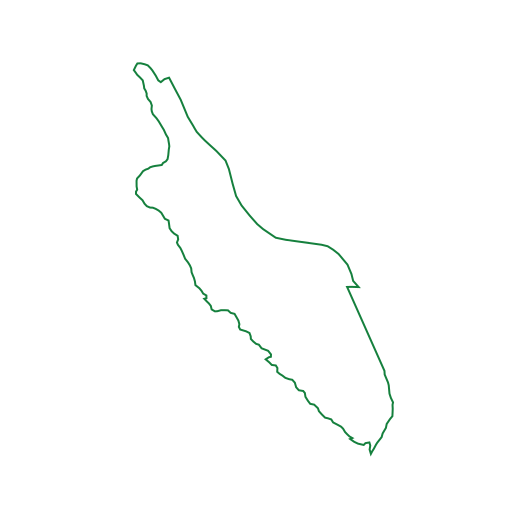 Maracaçumé, Maranhão, Brazil (Equal Earth projection), rotated 125°
{"feature_id": "56859067B12415775157700", "entity_name": "Maracaçumé", "entity_type": "district", "adm_level": 2, "iso_a3": "BRA", "parent_name": "Brazil", "parent_adm1": "Maranhão", "projection": "equal_earth", "projection_center": [-45.988, -2.007], "detail": "fine", "context": "isolated", "style": "outline", "palette": "green", "viewbox_px": 512, "rotation_deg": 125, "n_neighbors": 0, "source": "geoboundaries", "source_scale": "gbopen_adm2", "svg_char_len": 2792}
<svg xmlns="http://www.w3.org/2000/svg" viewBox="0 0 512 512"><g transform="rotate(125 256 256)"><path d="M297.3,59.8L294.9,64.1L292.2,67.7L285.8,73.1L283.9,75.3L279.3,82.6L276.4,84.9L229.1,163.6L226.7,160.4L222.6,154.1L220.7,162.1L216.0,167.5L210.6,176.1L207.0,189.5L206.6,196.4L206.9,202.9L209.2,208.8L225.6,240.8L229.7,250.3L229.9,265.7L229.2,273.2L226.5,284.4L222.9,296.8L218.3,306.7L210.3,316.5L200.3,328.1L195.3,335.7L192.7,348.8L191.6,357.5L190.7,364.2L189.9,368.6L188.3,375.8L186.7,379.4L185.3,382.3L184.2,384.8L183.1,387.3L181.1,391.8L177.0,398.2L171.2,407.3L165.4,418.7L162.8,423.7L159.8,429.5L163.6,432.4L168.2,433.7L168.2,436.8L165.8,441.5L163.4,447.4L162.6,450.2L161.9,454.0L162.8,457.2L164.3,461.0L166.3,463.6L168.8,463.5L171.4,463.1L173.8,462.7L174.7,460.0L175.7,457.3L176.3,453.3L177.1,449.5L180.9,445.4L182.8,443.7L183.9,441.2L185.6,438.8L187.6,437.4L189.3,434.6L190.3,430.7L192.5,427.6L195.6,425.9L197.3,424.3L199.0,421.8L200.2,416.6L201.5,412.9L204.2,406.9L205.5,403.9L208.1,399.5L209.8,395.7L211.8,393.8L214.1,391.5L215.9,389.9L218.8,388.5L223.7,385.7L227.4,384.0L230.1,384.1L233.1,385.5L235.5,385.4L237.6,387.6L240.1,390.3L241.8,391.9L244.0,393.6L246.2,394.3L248.6,396.0L251.3,397.2L256.6,397.3L260.7,397.9L262.9,397.0L267.5,393.7L269.8,391.4L272.1,391.2L274.0,389.9L274.9,384.9L275.4,381.0L277.1,377.3L277.8,374.0L277.1,370.6L275.6,368.2L274.9,365.2L274.6,361.8L274.9,358.4L276.2,355.5L277.8,352.0L277.1,348.0L279.3,345.9L282.8,342.7L284.1,339.3L284.6,336.0L284.4,331.8L287.0,329.3L290.3,328.5L291.6,326.4L292.8,322.6L294.3,319.8L296.6,316.0L298.9,312.5L300.2,308.1L301.6,304.8L303.3,302.0L306.3,299.4L308.0,296.8L309.6,294.2L311.8,291.5L314.6,288.9L314.9,283.9L315.8,280.6L317.1,277.7L316.8,274.0L319.0,272.4L320.7,273.8L321.4,270.4L321.9,267.3L322.8,264.4L325.2,261.7L324.9,257.9L323.4,256.0L320.5,253.6L318.5,250.8L316.6,247.8L317.1,244.1L315.7,240.4L317.0,237.6L319.0,233.4L321.4,230.5L323.9,229.4L325.3,226.8L323.4,221.0L322.8,217.2L324.8,214.3L326.9,212.6L327.6,209.2L327.9,205.5L327.0,202.8L328.4,198.5L326.7,191.7L328.0,187.3L330.0,186.0L331.6,187.4L335.1,188.8L335.5,184.1L336.2,180.6L334.3,177.0L335.5,174.2L338.7,172.2L339.0,169.0L338.8,165.8L339.0,162.1L337.9,158.2L336.6,155.3L337.5,151.5L340.5,147.8L341.4,143.9L339.5,139.9L340.2,137.4L343.0,134.7L344.8,130.5L346.0,126.8L344.4,123.1L345.2,117.9L347.0,115.5L348.0,111.3L348.8,106.7L347.7,104.0L346.7,100.6L348.1,97.4L347.4,92.0L347.0,88.4L347.5,85.6L349.1,82.1L349.7,79.2L350.2,75.9L349.9,72.7L351.9,73.9L351.9,69.0L351.2,64.8L349.0,59.4L346.5,59.0L343.7,56.2L345.7,53.7L349.4,51.9L352.2,48.4L349.1,48.8L346.4,48.9L341.6,49.5L339.3,49.6L332.3,49.2L328.7,50.5L322.3,51.0L318.6,52.6L312.7,52.7L309.0,52.4L305.8,54.4L302.7,56.4L299.6,58.8L297.3,59.8Z" fill="none" stroke="#15803d" stroke-width="2"/></g></svg>